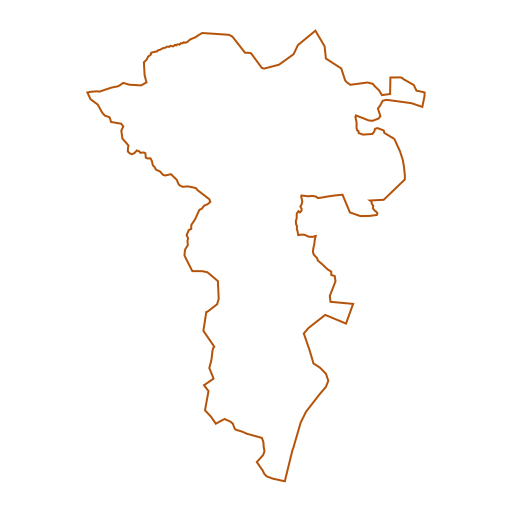 outline of Charanchi, Katsina, Nigeria
{"feature_id": "59680162B50452180674611", "entity_name": "Charanchi", "entity_type": "district", "adm_level": 2, "iso_a3": "NGA", "parent_name": "Nigeria", "parent_adm1": "Katsina", "projection": "mercator", "projection_center": [7.676, 12.562], "detail": "fine", "context": "isolated", "style": "outline", "palette": "amber", "viewbox_px": 512, "rotation_deg": 0, "n_neighbors": 0, "source": "geoboundaries", "source_scale": "gbopen_adm2", "svg_char_len": 3818}
<svg xmlns="http://www.w3.org/2000/svg" viewBox="0 0 512 512"><path d="M87.4,92.5L90.5,99.2L97.8,104.6L102.1,112.5L104.8,115.6L109.6,117.3L111.1,122.0L121.2,123.7L123.3,126.6L121.3,130.6L122.4,138.6L126.6,143.3L128.5,145.6L127.9,148.2L127.9,151.6L130.0,153.5L130.5,153.7L131.9,154.2L134.4,153.1L135.9,151.5L136.8,150.5L139.1,151.3L140.4,152.8L143.8,152.5L145.4,153.3L145.8,157.7L147.9,158.5L150.4,158.3L151.9,161.0L152.8,165.2L154.8,167.4L155.8,169.5L160.2,171.6L162.8,174.7L165.2,175.5L171.0,174.2L176.8,179.9L178.6,184.2L179.7,185.4L182.7,186.8L187.8,186.4L189.4,186.7L194.0,187.6L196.0,188.2L197.5,190.1L198.4,190.8L209.3,199.2L210.3,201.9L207.6,204.2L204.2,205.6L201.7,208.8L199.4,209.8L195.2,219.1L193.1,222.3L191.3,225.0L191.2,229.0L188.8,230.0L186.6,235.2L188.1,238.3L187.5,240.6L187.8,245.2L185.4,249.0L184.8,251.0L184.5,255.6L192.3,271.1L202.5,271.2L207.5,272.3L217.9,281.1L218.7,298.9L217.3,303.7L217.2,304.2L207.3,311.8L206.3,312.0L203.4,330.8L214.3,346.8L213.1,348.3L212.5,350.7L211.4,360.1L209.3,368.0L213.0,377.1L213.5,378.7L204.0,385.2L208.5,391.1L205.0,410.3L211.0,416.7L215.8,423.7L224.5,419.0L230.2,421.5L232.8,423.6L234.7,428.7L235.8,429.7L242.1,431.6L247.0,433.8L261.9,437.9L263.4,442.1L263.7,447.1L264.5,451.2L263.2,454.9L262.1,456.2L260.2,458.3L256.8,462.1L262.7,470.5L264.2,473.7L266.5,476.3L272.7,478.6L284.8,481.3L292.4,450.3L293.4,447.6L300.7,422.5L306.0,411.8L319.4,394.5L325.9,386.9L328.3,380.9L327.9,379.5L327.0,376.9L326.0,373.8L319.9,367.6L313.5,363.5L309.4,349.6L303.8,333.5L308.5,328.0L325.2,314.9L346.0,323.6L353.1,303.9L330.5,301.8L329.8,295.9L335.5,281.3L334.7,276.0L331.3,275.0L331.2,271.6L327.5,269.3L322.4,264.4L317.8,260.5L317.1,258.1L313.8,254.7L312.9,252.0L313.3,248.4L314.3,244.1L314.8,239.5L315.7,236.0L312.5,236.9L308.7,236.7L304.4,234.7L300.9,234.7L298.2,235.1L297.5,230.8L296.9,229.6L296.9,225.7L296.0,224.1L295.9,220.9L296.7,218.2L296.7,215.6L296.8,213.5L298.5,211.2L299.9,212.4L301.5,210.7L301.7,208.9L300.4,206.6L301.9,203.7L302.3,201.6L301.6,198.3L301.2,196.8L301.5,195.5L308.3,196.3L312.5,195.9L316.1,196.6L317.9,198.1L322.6,197.4L328.3,196.4L331.9,195.9L334.8,195.5L342.5,194.7L349.9,212.4L360.4,216.1L369.7,215.9L376.8,215.0L377.4,213.3L376.4,211.8L374.8,210.7L373.6,209.4L372.9,208.1L373.3,205.9L372.2,204.5L371.7,203.1L371.4,201.5L370.0,200.5L383.7,199.8L404.8,179.5L404.9,175.8L404.0,167.0L402.8,159.9L400.0,151.3L394.4,139.0L385.8,133.8L384.4,133.0L383.7,130.4L377.5,128.1L375.1,128.8L374.1,131.9L372.3,134.0L363.0,134.6L358.7,133.1L358.4,131.0L357.2,130.4L357.2,130.2L357.0,129.4L356.5,128.2L356.6,122.5L356.1,120.2L355.8,118.9L355.4,116.8L356.1,116.4L356.1,115.5L369.0,120.5L372.6,120.8L378.6,118.5L380.4,116.1L377.9,108.5L380.1,105.7L382.0,102.0L382.9,100.7L386.5,99.8L396.3,101.1L411.5,103.2L422.3,106.9L424.5,96.1L424.6,92.5L422.5,91.9L416.5,90.7L413.7,84.9L404.4,79.7L402.9,78.7L402.6,78.2L400.6,77.4L390.4,77.5L390.1,94.0L381.9,95.1L379.1,90.4L374.5,86.0L372.8,83.8L367.5,82.5L350.4,84.8L347.3,82.7L345.6,81.0L345.0,80.0L341.3,68.5L325.9,58.5L324.6,46.3L315.4,30.7L297.9,45.1L293.6,54.2L279.0,64.7L264.1,68.6L261.8,67.9L251.0,53.2L248.3,52.8L245.0,52.7L232.4,36.6L229.0,34.8L202.2,33.0L197.6,35.7L195.7,37.1L194.1,37.8L192.2,38.6L190.1,39.5L187.0,42.2L185.6,42.6L185.0,42.4L184.6,42.7L183.4,42.4L182.7,43.2L182.0,43.2L180.7,43.3L180.3,44.0L179.6,44.6L179.0,44.3L177.4,44.4L176.1,45.4L175.4,44.9L174.7,45.0L174.0,45.8L173.0,46.4L171.5,46.1L170.4,45.8L169.1,46.9L168.0,46.6L166.8,46.8L165.6,47.6L164.1,48.0L162.8,48.2L160.6,49.5L159.1,50.1L158.0,50.3L156.8,51.6L155.6,51.5L155.0,51.8L153.1,52.2L151.4,52.7L150.8,53.4L151.0,54.2L150.5,55.0L148.2,56.5L146.6,59.7L143.9,62.3L144.6,75.2L146.5,82.4L141.2,85.4L129.3,84.7L123.3,82.9L118.4,86.2L111.5,87.6L105.1,89.7L99.7,91.6L96.7,91.3L90.8,91.8L87.4,92.5Z" fill="none" stroke="#b45309" stroke-width="2"/></svg>